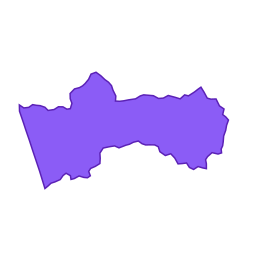 outline of Caieiras, São Paulo, Brazil, rotated 342°
{"feature_id": "56859067B48741528638034", "entity_name": "Caieiras", "entity_type": "district", "adm_level": 2, "iso_a3": "BRA", "parent_name": "Brazil", "parent_adm1": "São Paulo", "projection": "orthographic", "projection_center": [-46.742, -23.377], "detail": "fine", "context": "isolated", "style": "filled", "palette": "violet", "viewbox_px": 256, "rotation_deg": 342, "n_neighbors": 0, "source": "geoboundaries", "source_scale": "gbopen_adm2", "svg_char_len": 1565}
<svg xmlns="http://www.w3.org/2000/svg" viewBox="0 0 256 256"><g transform="rotate(342 128 128)"><path d="M210.0,111.7L206.7,112.7L202.3,114.3L195.4,116.1L192.1,114.0L186.6,116.4L182.2,113.3L176.3,109.5L170.8,110.5L166.1,109.3L162.1,105.1L153.1,101.3L149.5,101.3L144.2,102.6L137.2,101.4L132.2,100.8L128.3,100.0L124.4,98.5L126.3,93.8L125.4,87.4L125.4,82.6L123.6,78.4L121.0,74.9L118.3,69.9L114.8,65.1L109.5,65.3L105.6,69.5L100.9,72.5L97.8,73.9L94.3,74.6L89.2,74.3L83.6,77.3L82.1,82.4L82.3,87.2L79.1,91.8L75.7,91.2L72.7,87.8L68.4,86.3L63.4,87.6L57.4,86.6L55.4,82.6L51.4,79.6L47.9,78.1L44.5,76.3L40.0,77.7L35.1,76.7L31.8,72.5L30.0,78.5L30.1,85.1L30.2,91.2L30.2,97.8L30.4,109.1L30.4,113.7L30.4,120.3L30.6,141.6L30.3,159.9L33.9,158.5L37.7,156.7L41.9,156.7L47.6,156.1L51.6,153.1L55.1,151.9L58.5,155.5L57.9,159.3L61.3,159.5L66.6,158.5L70.8,161.4L74.1,162.8L77.4,161.8L77.2,157.2L79.9,154.9L85.0,154.4L90.3,153.1L92.2,148.2L93.5,143.2L98.2,139.4L104.0,140.0L109.7,140.9L113.3,144.1L117.2,143.9L120.7,143.7L124.3,143.9L128.8,143.2L133.8,143.6L136.5,147.3L139.6,149.6L143.1,150.6L148.1,152.3L151.0,155.1L151.0,160.4L155.0,165.7L160.7,165.7L163.2,171.0L164.5,177.6L168.7,178.6L172.9,179.4L174.2,184.5L177.6,187.7L182.7,186.3L186.8,189.1L190.0,190.9L191.5,186.2L192.0,182.1L194.8,179.8L200.3,177.4L205.6,180.6L209.3,180.6L210.1,176.8L212.5,174.2L214.4,170.3L216.5,165.2L220.2,160.4L222.6,155.9L226.0,151.5L224.4,147.7L222.2,144.5L225.2,139.6L221.8,135.2L220.7,127.6L215.8,126.2L212.6,124.1L211.4,117.5L210.0,111.7Z" fill="#8b5cf6" stroke="#5b21b6" stroke-width="1.5"/></g></svg>